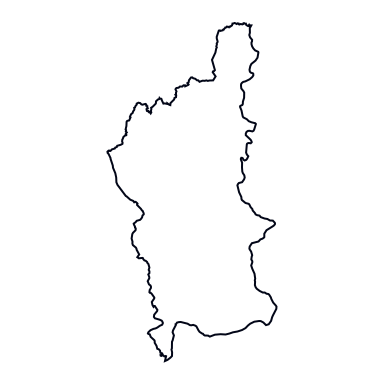 Bawku West, Upper East, Ghana (Albers equal-area conic projection)
{"feature_id": "2480657B35637781657714", "entity_name": "Bawku West", "entity_type": "district", "adm_level": 2, "iso_a3": "GHA", "parent_name": "Ghana", "parent_adm1": "Upper East", "projection": "albers", "projection_center": [-0.469, 10.843], "detail": "fine", "context": "isolated", "style": "outline", "palette": "ink", "viewbox_px": 384, "rotation_deg": 0, "n_neighbors": 0, "source": "geoboundaries", "source_scale": "gbopen_adm2", "svg_char_len": 5983}
<svg xmlns="http://www.w3.org/2000/svg" viewBox="0 0 384 384"><path d="M264.5,218.5L260.7,217.1L259.5,215.6L257.2,215.2L255.6,214.4L254.9,213.0L252.7,210.5L252.3,209.0L250.6,207.1L249.3,204.4L248.6,203.8L245.5,203.0L241.9,200.0L241.5,199.0L241.3,196.9L239.1,192.3L237.4,185.3L238.0,184.0L238.9,183.0L242.1,182.2L244.1,179.3L244.7,177.5L244.3,175.3L242.8,173.0L242.3,171.5L242.0,167.4L242.1,162.6L240.9,159.6L240.9,158.6L241.3,157.8L242.0,157.8L242.7,158.2L243.5,159.8L244.7,160.5L246.3,159.8L247.2,158.6L248.3,156.2L246.9,154.6L246.1,152.6L246.8,144.5L247.1,143.7L247.9,143.2L248.8,143.0L250.7,143.3L251.7,142.3L251.6,141.5L250.6,139.7L245.8,135.2L245.8,133.5L246.6,131.8L248.0,130.9L249.5,130.8L252.4,131.4L253.5,130.8L254.2,129.5L255.9,124.0L255.2,123.2L251.5,122.3L248.8,121.2L246.8,119.2L243.3,117.4L242.7,116.3L241.5,110.5L240.0,106.8L240.3,105.9L242.3,105.0L242.8,104.0L242.9,101.7L244.1,97.8L244.2,92.6L243.5,91.2L241.3,88.5L241.0,85.8L241.1,84.1L241.8,83.0L243.2,81.9L245.3,81.4L249.6,79.3L252.2,77.1L253.3,75.5L253.3,73.9L252.9,73.3L250.9,72.7L249.9,71.7L249.5,69.8L250.3,66.1L251.4,63.9L255.5,60.6L257.5,57.7L258.4,52.6L258.2,51.8L255.1,50.4L253.3,48.4L252.1,46.3L251.5,44.2L251.5,42.4L252.0,41.5L252.1,39.8L250.1,37.4L249.3,35.0L249.9,32.8L249.8,28.1L251.3,25.4L249.4,25.3L249.1,24.8L248.6,25.5L248.7,26.0L248.3,25.8L248.0,26.0L246.3,25.0L245.9,23.7L245.4,23.8L244.0,23.1L243.4,23.3L243.3,24.0L242.3,24.4L240.8,24.0L239.3,24.5L238.7,23.6L238.2,23.9L237.5,23.4L236.5,24.0L235.5,23.3L234.5,23.0L232.9,23.7L232.5,23.6L232.0,25.4L230.3,26.6L230.1,26.4L229.5,26.7L229.0,27.3L228.3,26.8L226.9,26.6L226.6,27.3L225.3,27.5L225.2,27.9L224.0,29.0L223.9,29.5L223.0,29.7L222.8,30.3L220.4,30.9L219.9,30.4L218.8,30.6L216.7,36.9L216.8,38.6L217.6,41.4L217.5,42.2L216.7,43.4L216.9,44.5L216.3,46.4L216.8,47.4L216.2,48.6L215.4,52.6L212.0,59.9L214.9,70.1L214.0,71.1L213.0,71.4L212.7,72.2L215.6,76.4L213.1,80.4L209.5,80.5L207.8,80.9L206.4,80.4L204.8,80.8L202.5,80.7L199.5,81.8L198.3,80.4L197.0,80.3L195.3,78.8L193.1,78.2L192.3,77.4L191.0,77.5L189.0,80.2L188.6,82.3L187.4,83.1L188.6,84.5L188.3,84.9L185.2,86.3L185.0,85.3L183.5,85.3L182.4,86.5L179.9,86.5L178.6,87.7L176.5,88.0L175.8,88.6L175.5,89.4L176.5,91.4L176.0,92.6L176.0,94.0L175.4,94.7L176.2,95.3L176.0,97.2L174.5,97.9L174.1,99.5L170.5,103.1L170.3,105.1L169.3,104.8L167.2,103.2L167.1,103.9L164.7,103.4L163.4,103.6L161.7,100.0L161.6,99.2L161.1,98.7L159.8,98.6L159.5,98.2L159.3,99.0L157.9,99.5L156.0,101.3L155.9,103.2L155.6,103.8L152.7,106.7L151.1,107.8L151.4,108.9L150.9,111.1L151.3,112.4L150.7,113.4L149.8,112.0L149.3,112.4L149.0,112.3L148.4,111.0L147.9,111.3L146.9,110.9L146.5,109.1L147.7,108.2L147.3,107.9L147.3,106.1L146.2,105.7L146.3,104.6L145.9,104.1L145.4,103.9L142.5,104.7L141.4,104.4L140.2,103.1L138.4,102.7L136.7,103.6L136.7,104.6L135.5,106.0L135.0,107.4L134.2,107.8L134.4,109.2L134.1,110.1L133.1,111.4L132.7,112.9L131.1,114.2L130.3,115.9L129.9,116.9L130.5,117.4L129.2,120.4L127.2,120.9L126.6,121.8L126.4,126.0L125.6,129.5L126.1,130.1L125.8,131.6L126.8,132.4L125.7,134.0L126.4,134.9L126.3,135.2L124.9,135.6L123.4,137.0L122.8,138.8L122.3,139.6L122.1,141.4L122.6,142.8L122.4,143.9L120.7,144.8L117.2,145.8L116.8,147.0L115.2,147.6L114.8,148.5L111.9,149.4L110.5,150.9L109.8,151.0L109.1,150.5L108.7,150.6L108.2,150.9L108.0,151.7L107.5,151.8L107.6,152.9L108.6,154.0L110.5,158.0L110.6,159.0L112.8,165.6L113.0,167.7L115.3,173.2L116.2,177.5L116.4,182.3L117.5,184.9L125.8,196.0L126.5,196.3L130.3,199.7L133.2,200.9L134.2,202.3L135.1,201.8L135.7,201.9L137.2,203.2L137.5,203.7L137.1,204.1L137.1,205.0L140.9,208.8L142.0,210.5L142.6,210.8L143.7,213.3L143.7,214.4L142.5,215.5L142.1,217.3L141.2,218.7L140.0,219.9L136.7,220.8L135.6,222.2L133.7,223.6L133.9,224.5L135.0,226.7L135.0,227.6L135.7,228.3L135.7,229.4L135.5,230.3L133.0,232.8L132.3,234.1L131.6,238.6L132.5,241.6L132.4,243.6L132.9,245.1L135.9,247.6L136.5,248.8L136.6,249.7L139.2,254.5L137.3,257.2L138.9,258.3L142.4,257.9L142.9,258.1L143.3,259.2L144.4,260.4L145.7,260.8L147.1,262.0L147.3,262.8L148.4,264.0L149.4,267.6L148.7,269.9L149.4,271.2L149.4,273.1L148.3,274.4L149.3,277.2L149.3,278.2L147.7,281.2L149.0,284.4L150.5,285.5L151.0,286.8L150.9,288.0L149.7,290.0L149.4,292.2L149.9,292.8L150.6,292.8L151.7,293.8L154.3,297.5L154.2,298.5L151.8,302.0L152.5,305.1L153.5,306.8L154.1,306.0L154.8,306.0L157.4,309.9L157.1,311.1L154.2,314.7L153.9,316.9L154.9,318.3L159.7,319.7L161.6,320.6L162.2,321.3L162.9,323.0L162.2,324.7L159.8,325.8L157.4,327.5L155.6,328.4L153.4,328.9L150.5,330.2L148.4,332.2L147.9,333.4L148.3,333.9L149.8,334.4L150.7,336.9L154.4,340.3L154.7,341.1L154.7,342.8L156.5,345.8L157.3,348.8L158.7,349.2L160.0,350.6L160.4,352.8L162.2,353.4L162.5,354.3L162.3,354.6L160.5,355.1L160.7,355.7L161.6,355.9L162.9,355.0L164.3,356.4L165.8,356.0L166.1,356.2L165.0,361.0L167.5,359.9L170.5,357.6L172.0,356.0L172.1,352.3L171.5,349.5L171.9,348.3L172.0,341.7L172.6,340.5L173.9,335.4L172.6,332.3L173.0,330.5L175.8,325.1L175.6,324.3L176.0,324.2L177.0,322.6L178.9,322.1L180.8,322.0L187.6,323.7L189.9,325.1L191.2,325.3L193.2,324.9L195.4,325.7L196.4,326.4L198.5,330.4L199.6,331.9L202.2,333.6L203.0,333.8L203.7,334.8L204.8,335.5L208.1,335.6L209.8,336.6L214.9,334.7L220.6,334.2L225.6,334.5L229.2,333.6L233.0,332.3L237.5,331.5L242.1,330.0L245.5,328.1L248.0,325.5L250.2,323.7L254.3,321.7L259.1,321.0L260.8,321.1L263.4,322.5L266.0,325.1L268.7,324.3L270.4,321.9L271.1,320.9L272.1,317.3L272.9,315.5L276.3,308.9L276.5,306.6L275.8,305.5L273.2,302.6L271.4,299.1L270.8,297.3L269.1,294.6L268.3,294.0L266.5,293.7L264.7,292.5L262.7,292.5L259.6,290.9L256.7,288.7L255.6,287.1L254.9,285.1L255.1,281.7L254.8,280.3L255.2,278.7L254.5,273.7L252.3,268.8L251.2,265.5L252.3,262.4L252.3,261.2L251.3,259.4L251.7,256.7L252.2,255.2L251.1,251.5L249.7,249.5L249.4,248.4L249.7,246.5L251.9,243.2L258.5,241.5L260.4,239.4L262.4,238.7L263.7,237.8L264.3,237.1L264.3,233.7L266.5,230.2L272.8,226.3L273.9,225.5L274.9,224.3L275.0,223.2L274.6,222.5L272.8,220.6L270.0,220.5L267.4,219.0L264.5,218.5Z" fill="none" stroke="#020617" stroke-width="2"/></svg>